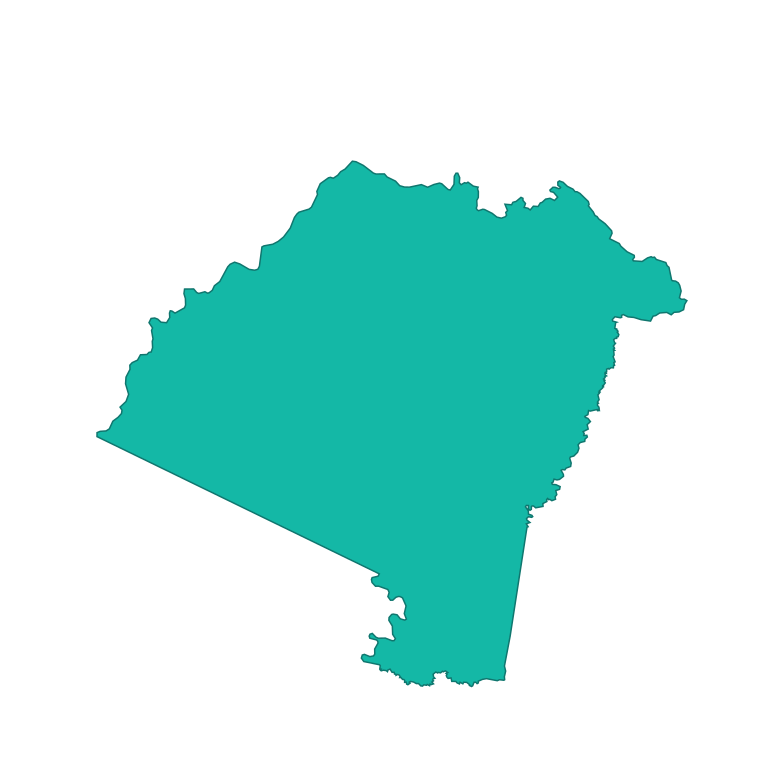 La Macarena, Meta, Colombia (Natural Earth projection), rotated 116°
{"feature_id": "7082276B91744588018589", "entity_name": "La Macarena", "entity_type": "district", "adm_level": 2, "iso_a3": "COL", "parent_name": "Colombia", "parent_adm1": "Meta", "projection": "natural_earth1", "projection_center": [-73.869, 2.122], "detail": "fine", "context": "isolated", "style": "filled", "palette": "teal", "viewbox_px": 768, "rotation_deg": 116, "n_neighbors": 0, "source": "geoboundaries", "source_scale": "gbopen_adm2", "svg_char_len": 6171}
<svg xmlns="http://www.w3.org/2000/svg" viewBox="0 0 768 768"><g transform="rotate(116 384 384)"><path d="M185.9,147.3L180.5,148.7L176.3,148.3L176.1,151.3L177.5,153.8L177.0,156.3L170.2,157.7L165.8,161.4L164.1,163.8L163.7,167.0L164.8,170.2L164.3,171.2L154.2,179.0L153.5,181.5L151.3,183.9L152.7,193.8L151.4,196.5L152.5,198.0L152.5,199.7L155.1,202.4L160.7,205.7L164.0,213.9L163.2,215.0L160.3,214.5L158.7,215.5L158.6,223.5L156.3,231.6L154.6,234.1L154.5,244.9L148.5,245.1L146.5,246.6L143.0,255.5L141.5,263.4L140.1,265.9L140.1,268.2L137.6,271.4L134.3,278.4L132.6,278.4L130.4,280.4L126.8,291.4L126.6,294.8L127.4,296.5L126.0,299.6L126.0,305.7L124.2,311.4L124.6,315.4L126.3,316.3L129.2,314.8L129.8,311.5L130.7,311.5L131.8,312.5L132.2,316.5L133.1,318.4L137.0,319.9L138.0,318.7L137.4,315.6L139.9,309.8L144.3,311.2L144.3,316.2L147.0,319.8L151.4,321.5L152.8,322.9L156.9,323.3L158.7,327.7L163.5,328.9L162.9,331.7L163.9,335.4L159.7,336.0L158.1,339.6L156.2,340.5L156.2,342.7L162.0,345.3L164.2,347.8L167.0,347.9L169.4,354.1L174.0,349.0L176.4,349.8L178.7,347.8L180.5,348.3L183.5,351.2L184.5,355.7L183.2,361.5L183.1,370.1L183.6,371.8L186.8,375.0L186.6,376.7L185.6,378.1L183.0,378.5L178.4,381.1L175.0,381.0L169.7,383.5L167.6,385.5L165.8,385.7L167.0,390.4L165.8,397.0L167.5,398.1L167.7,399.8L171.1,402.1L170.1,404.5L165.4,406.4L162.2,410.1L163.0,411.7L166.4,411.9L173.9,408.6L180.6,409.5L181.1,411.8L178.7,419.9L179.1,422.2L182.8,426.6L188.0,431.0L188.4,437.8L195.9,447.4L198.0,451.9L198.9,456.8L196.6,462.6L196.6,471.9L195.0,475.7L198.8,483.3L199.1,486.0L196.6,498.4L196.5,506.6L197.6,510.1L207.9,513.2L212.1,516.0L216.7,517.1L221.3,519.8L221.7,522.7L223.0,524.3L231.9,529.1L240.3,528.8L242.9,526.8L256.8,526.7L259.6,528.0L266.9,535.8L269.4,536.8L273.6,537.5L285.0,536.6L295.9,538.7L302.2,541.6L307.1,545.2L312.5,552.5L314.3,553.8L332.8,547.6L336.2,547.7L338.4,550.1L340.1,555.5L339.3,566.2L340.0,571.7L343.8,574.8L347.2,575.8L363.9,576.5L370.0,579.5L375.1,579.4L378.7,581.2L379.7,582.4L379.6,585.4L383.8,590.2L383.9,592.4L382.0,596.7L386.1,604.9L390.5,603.4L394.2,600.0L400.1,596.9L403.0,596.7L411.9,602.9L411.4,606.6L411.9,608.2L414.3,607.9L418.2,605.7L424.2,606.3L426.2,611.5L424.9,615.8L425.2,619.0L427.2,622.1L431.9,622.1L435.1,616.6L437.8,616.4L444.7,611.4L447.2,611.0L452.8,607.9L457.3,607.3L458.6,609.1L461.4,610.0L464.5,615.7L470.6,616.0L475.2,619.7L478.5,620.7L482.2,618.7L490.9,618.9L497.1,616.4L505.2,609.0L512.8,608.2L520.5,611.1L522.4,608.0L525.6,607.0L530.5,608.4L536.3,611.4L544.7,611.2L548.0,613.2L551.0,618.4L553.5,620.6L557.1,618.9L556.7,305.0L559.4,305.1L563.2,309.8L565.2,309.6L567.7,307.7L569.5,303.0L568.1,300.3L567.0,290.5L569.1,288.0L573.4,287.3L575.5,283.4L574.4,281.3L570.5,279.8L568.7,278.0L568.0,276.3L568.1,273.6L573.8,266.9L581.5,265.1L585.5,260.8L587.1,261.8L587.9,266.4L585.7,271.1L586.8,274.9L587.8,276.1L591.6,277.1L594.3,276.0L597.9,270.4L605.2,266.5L607.9,262.1L610.3,262.5L611.2,264.2L611.8,271.4L615.0,277.7L615.1,280.2L613.3,285.2L615.0,286.9L617.1,286.8L618.7,285.3L617.3,278.4L618.1,276.7L619.6,275.8L626.3,276.2L630.8,273.9L633.0,274.2L635.2,277.2L635.6,283.1L637.1,284.7L640.3,284.2L642.3,280.5L638.3,264.9L638.8,263.9L642.1,262.8L641.6,261.6L642.8,261.7L643.0,260.8L641.5,259.1L640.6,256.3L641.0,254.8L639.3,255.1L637.6,253.6L639.6,250.4L638.7,248.4L640.1,247.4L639.7,246.0L640.6,245.5L639.1,244.4L638.9,243.0L639.9,241.2L640.9,241.2L640.4,240.2L641.4,237.8L640.9,236.7L641.3,235.5L643.1,234.7L642.2,233.3L643.8,232.1L643.8,230.7L641.4,229.4L640.9,230.6L639.7,229.8L638.9,226.8L639.1,223.6L638.1,221.7L639.2,218.6L638.6,216.9L637.0,216.4L636.1,213.7L635.1,213.5L635.2,210.7L633.5,211.0L633.5,209.8L631.8,208.1L630.9,210.4L629.1,209.4L628.6,210.5L627.4,210.6L626.2,209.3L625.6,211.0L623.3,212.6L620.2,211.2L620.2,209.1L619.5,208.9L618.8,206.5L616.6,205.6L616.7,204.6L614.9,203.0L615.4,200.2L616.9,201.4L617.3,200.1L618.8,200.2L620.0,198.8L620.5,197.3L618.8,194.9L621.6,192.7L619.8,189.0L620.6,187.4L620.5,184.7L618.7,184.9L618.9,181.7L617.1,181.6L615.9,178.8L616.8,175.2L617.5,175.1L617.5,172.7L616.4,172.0L612.6,172.3L611.8,170.8L612.5,169.0L611.3,168.2L609.8,169.0L606.3,166.0L603.9,162.7L601.0,152.1L599.2,150.6L597.7,146.4L596.9,145.9L594.3,147.5L588.7,148.8L584.7,152.1L555.3,160.1L453.3,191.7L449.9,192.7L449.1,191.9L447.3,194.8L444.5,192.1L443.6,196.0L442.5,196.9L440.0,196.0L439.1,192.8L438.0,192.2L437.2,193.5L437.6,197.1L434.7,198.7L432.4,203.0L430.7,202.8L429.9,200.9L432.9,199.6L433.5,197.4L432.1,196.6L429.4,197.8L428.6,197.3L428.1,196.1L428.8,193.4L424.3,187.4L421.8,188.8L418.2,186.1L416.5,187.2L415.1,186.7L415.8,185.4L415.0,184.3L415.3,182.0L412.4,179.3L410.3,180.8L407.7,180.2L404.5,182.9L401.7,180.0L399.0,180.7L399.1,185.3L400.4,188.7L399.3,189.9L398.0,189.0L395.0,189.5L394.4,186.5L392.8,184.4L388.2,182.2L386.6,183.2L383.9,187.0L382.7,186.2L381.9,183.8L379.7,183.4L376.3,180.1L373.0,181.1L369.4,184.5L367.9,184.5L365.5,181.8L360.5,180.1L356.3,180.6L353.6,182.9L350.6,182.0L347.6,178.4L345.5,179.2L342.5,178.0L341.2,179.2L342.7,181.9L340.7,182.4L339.6,184.2L335.0,180.7L331.5,183.6L327.3,182.0L325.5,185.7L325.8,188.4L325.1,189.3L322.1,187.3L318.2,188.5L317.9,186.7L313.6,181.4L314.4,180.4L313.5,178.9L312.8,180.0L312.3,179.5L310.6,180.7L309.7,182.7L308.0,183.5L307.3,182.9L306.7,184.2L303.8,183.8L300.0,187.0L297.9,186.4L297.2,187.3L296.5,186.3L295.7,187.4L291.7,185.8L290.0,186.6L290.1,185.6L288.8,186.2L286.0,185.6L284.7,187.6L283.8,187.1L283.3,188.9L281.3,188.1L280.5,188.8L279.2,187.6L279.0,189.1L277.5,190.1L277.0,188.9L276.3,190.0L275.5,189.2L273.1,190.4L271.7,189.2L272.0,188.2L269.9,187.2L268.9,184.9L266.6,185.8L266.1,185.0L263.9,186.9L262.8,186.0L258.9,190.1L257.1,189.9L253.0,192.4L252.6,191.6L252.0,193.1L250.7,192.5L249.4,194.5L245.9,193.8L245.9,194.7L243.5,197.0L241.9,196.4L241.0,194.9L240.0,195.5L238.8,194.3L236.6,194.6L235.2,197.1L234.5,196.6L233.4,197.6L233.3,199.0L232.6,199.0L232.8,201.0L227.2,202.7L226.5,202.0L227.2,206.1L226.0,207.0L222.3,205.9L220.9,200.7L219.9,199.6L218.2,200.6L216.7,199.4L216.7,194.1L214.6,188.5L213.5,181.2L210.6,172.0L205.1,171.9L203.4,169.8L199.3,167.3L195.7,161.2L195.9,156.2L192.4,154.7L189.9,150.4L185.9,147.3Z" fill="#14b8a6" stroke="#0f766e" stroke-width="1.5"/></g></svg>